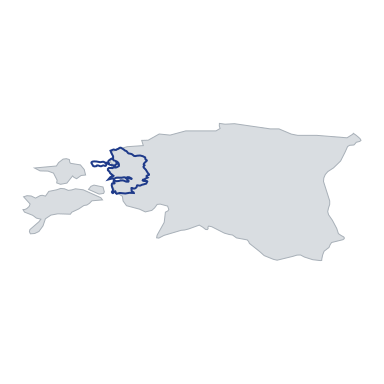 Lääne highlighted on a map of Estonia
{"feature_id": "EST-1661", "entity_name": "Lääne", "entity_type": "County", "adm_level": 1, "iso_a3": "EST", "parent_name": "Estonia", "parent_adm1": "", "projection": "equal_earth", "projection_center": [23.689, 58.901], "detail": "fine", "context": "in_parent", "style": "outline", "palette": "blue", "viewbox_px": 384, "rotation_deg": 0, "n_neighbors": 0, "source": "natural_earth", "source_scale": "10m", "svg_char_len": 5365}
<svg xmlns="http://www.w3.org/2000/svg" viewBox="0 0 384 384"><path d="M321.7,260.4L320.4,260.6L312.7,259.7L304.3,257.0L300.6,255.0L297.0,255.1L292.7,256.4L277.1,260.2L273.3,259.3L264.2,255.6L259.6,251.5L249.4,243.4L248.6,241.5L247.2,239.9L236.5,237.9L232.5,235.0L229.2,234.5L224.3,233.1L211.7,226.7L208.6,226.1L207.9,227.2L208.1,228.7L207.3,229.6L205.7,229.5L202.8,227.2L199.3,225.1L188.5,229.0L184.6,230.0L181.2,230.3L164.0,235.4L158.8,238.1L156.6,237.8L157.1,235.2L164.2,222.4L165.4,212.2L168.0,210.8L168.8,209.4L167.6,206.1L160.2,204.1L157.2,204.4L154.6,207.9L151.8,210.4L145.3,211.9L139.6,209.2L126.5,205.7L123.1,201.0L122.4,196.3L115.4,191.7L112.5,186.4L113.7,182.6L120.0,180.2L121.8,178.0L113.9,178.4L112.2,177.9L111.9,176.0L108.4,169.4L111.5,166.9L112.9,164.4L110.3,162.2L111.0,159.8L113.0,157.4L111.8,151.7L119.6,148.8L127.2,146.7L143.3,145.6L141.7,140.4L148.2,140.2L159.2,134.0L170.1,135.1L185.7,130.9L216.0,130.9L220.1,128.5L219.3,126.0L219.4,123.4L225.1,124.2L234.5,123.7L270.3,128.9L279.0,128.9L291.3,134.1L297.9,135.4L317.2,135.4L347.0,137.8L352.8,134.2L353.3,133.3L356.2,135.3L359.9,138.5L361.0,140.3L359.8,141.4L356.2,142.3L355.5,143.3L353.9,145.0L349.7,145.3L347.6,146.5L345.2,151.9L340.6,161.0L333.5,167.9L327.8,171.6L325.3,174.5L323.8,178.0L323.5,181.5L329.7,200.9L329.7,204.4L328.5,208.0L327.7,211.6L328.6,214.8L332.4,220.3L336.7,228.4L338.4,233.6L341.1,235.5L343.7,236.9L344.3,237.8L344.2,238.7L342.9,239.7L331.6,242.5L330.1,244.8L329.0,247.4L324.1,251.2L322.7,254.8L321.8,258.9L321.7,260.4ZM64.5,188.8L68.3,190.4L71.8,189.9L75.4,188.8L83.2,189.8L100.8,197.7L102.5,199.9L91.9,200.8L89.5,203.3L86.9,205.0L83.9,205.5L78.8,208.9L71.8,212.2L70.4,214.2L57.8,213.8L50.9,215.1L45.4,218.8L43.0,225.9L38.9,231.5L34.7,233.5L30.4,233.8L29.4,231.7L29.9,229.6L39.0,221.7L40.9,219.2L36.4,218.1L32.7,215.3L24.5,212.1L23.0,209.6L25.0,209.4L26.8,208.6L29.1,206.5L30.1,204.0L23.6,196.8L27.0,195.7L31.2,196.0L35.5,198.1L40.2,195.6L42.2,195.3L45.5,196.1L48.8,191.4L56.7,189.8L60.7,188.4L64.5,188.8ZM81.1,175.5L76.6,178.7L74.0,177.4L72.6,175.9L66.9,183.1L60.5,184.3L56.7,182.9L57.1,180.2L53.5,173.1L48.0,171.1L40.1,170.9L34.5,168.0L56.4,166.0L58.6,162.6L63.1,159.1L66.4,158.7L69.3,159.5L69.8,162.3L70.5,163.3L80.4,164.9L84.2,169.5L85.6,175.0L81.1,175.5ZM103.6,193.4L99.1,194.1L88.5,189.4L91.0,186.3L94.0,185.1L103.0,187.0L104.3,191.8L103.6,193.4Z" fill="#d9dde1" stroke="#a8b0b8" stroke-width="1"/><path d="M116.7,193.8L116.6,193.7L116.0,193.3L115.6,192.4L115.5,191.6L115.3,191.3L114.5,191.5L113.8,192.1L113.4,192.8L112.9,193.1L112.1,192.6L111.9,192.0L112.3,191.3L112.8,190.6L113.0,189.9L112.7,188.7L112.1,187.1L111.7,185.4L111.9,183.9L112.4,183.3L112.8,183.3L114.0,183.5L114.4,183.4L114.6,183.1L114.5,182.8L113.7,182.2L113.5,181.3L113.8,180.6L114.5,180.6L116.6,181.2L118.6,181.0L120.6,180.5L122.7,180.4L123.7,180.6L125.8,181.5L126.7,181.7L128.3,181.7L128.5,181.5L128.6,181.0L128.5,180.6L128.2,180.4L127.3,180.1L127.1,179.4L127.4,178.6L128.2,178.2L129.1,178.2L131.2,178.9L132.2,179.0L130.7,178.0L129.0,177.2L127.3,177.2L125.9,178.2L124.9,177.3L123.8,177.3L121.6,177.7L117.6,177.6L116.4,177.7L115.3,178.1L114.8,178.5L114.4,178.8L114.0,178.9L112.3,178.6L111.3,178.7L108.3,179.5L110.3,177.2L111.3,176.6L113.1,176.4L113.5,175.9L110.1,173.1L109.6,171.9L107.9,170.2L107.9,168.9L109.0,167.9L112.6,168.1L113.8,167.1L114.7,167.5L115.7,167.5L116.6,167.3L118.3,166.4L118.8,166.1L118.9,165.7L119.0,164.9L118.6,163.3L117.7,162.2L116.6,161.4L115.3,160.9L116.0,161.8L117.5,162.7L118.2,163.6L117.8,163.8L116.8,163.8L116.4,164.0L115.3,164.9L115.2,165.1L115.2,165.5L114.9,166.2L114.4,166.3L114.1,166.0L113.8,165.6L113.5,165.4L110.0,164.8L108.6,164.1L107.2,162.7L107.5,162.7L108.3,162.7L108.7,162.7L108.3,161.5L108.6,160.7L111.0,158.9L111.6,158.6L112.2,158.8L113.1,159.6L113.1,156.3L111.4,153.1L110.5,150.7L113.5,149.5L114.1,149.6L115.2,149.9L115.8,149.9L116.3,149.8L117.1,149.2L118.3,148.8L118.9,148.3L119.7,147.8L120.8,147.7L123.6,149.4L123.8,149.5L124.7,150.4L126.4,151.1L127.0,151.7L128.0,153.0L128.5,153.4L130.2,153.7L131.4,154.0L132.2,154.4L134.0,155.9L135.2,156.1L135.8,156.0L137.2,155.7L140.1,155.5L142.8,156.2L145.1,157.4L145.2,157.8L145.3,158.2L145.3,158.7L145.5,159.3L146.0,159.8L146.6,160.1L146.8,160.4L146.8,160.6L146.7,160.8L144.6,162.8L144.3,163.2L143.9,163.7L143.7,164.3L143.7,164.6L143.9,164.9L144.5,165.3L143.5,166.6L143.7,167.5L145.8,169.7L147.9,173.1L148.5,173.8L149.0,174.3L149.0,174.8L148.4,175.1L147.0,175.6L146.6,175.9L146.6,176.6L146.8,177.0L147.6,177.6L145.3,178.7L145.0,179.2L143.0,179.7L142.7,180.4L143.0,180.7L144.0,181.0L146.5,181.0L147.1,181.2L147.3,181.5L147.1,181.9L146.2,183.6L143.6,184.4L142.2,184.7L140.2,185.6L139.3,185.6L137.5,185.3L137.1,185.4L136.9,185.8L136.8,186.4L136.5,187.2L135.4,188.2L134.5,188.5L133.5,188.5L132.1,188.0L131.5,188.0L131.4,188.2L131.5,188.6L131.6,188.8L131.7,189.1L131.7,189.3L131.5,189.7L131.5,190.1L131.7,191.1L133.5,192.4L133.7,192.5L133.8,193.0L129.5,192.8L125.4,193.5L120.2,193.0L119.4,193.0L116.7,193.8L116.7,193.8ZM104.8,162.5L106.2,163.8L106.4,164.6L105.9,165.6L105.3,165.9L104.7,165.8L104.0,165.5L103.5,165.4L102.9,165.5L101.3,166.2L100.2,166.2L98.3,165.5L97.2,165.4L96.9,165.5L96.8,165.8L96.5,166.1L94.6,166.4L94.0,166.3L93.2,166.0L91.6,163.3L91.4,162.9L91.6,162.2L92.3,161.7L93.2,161.5L94.4,161.4L96.4,161.5L100.2,162.2L102.5,161.8L103.7,161.8L104.8,162.5Z" fill="none" stroke="#1e3a8a" stroke-width="2"/></svg>